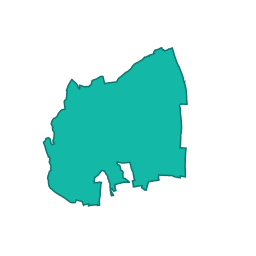 Tatarani, Vaslui, Romania (Mercator projection), rotated 204°
{"feature_id": "2599482B87780685319921", "entity_name": "Tatarani", "entity_type": "district", "adm_level": 2, "iso_a3": "ROU", "parent_name": "Romania", "parent_adm1": "Vaslui", "projection": "mercator", "projection_center": [27.934, 46.697], "detail": "fine", "context": "isolated", "style": "filled", "palette": "teal", "viewbox_px": 256, "rotation_deg": 204, "n_neighbors": 0, "source": "geoboundaries", "source_scale": "gbopen_adm2", "svg_char_len": 5717}
<svg xmlns="http://www.w3.org/2000/svg" viewBox="0 0 256 256"><g transform="rotate(204 128 128)"><path d="M120.1,219.1L120.6,218.7L122.2,216.9L122.6,216.8L122.9,216.8L124.0,215.0L125.3,213.8L125.8,213.5L126.2,213.4L126.7,213.6L127.3,214.0L128.0,213.6L128.3,213.5L129.0,214.1L129.4,214.6L129.4,214.8L129.5,214.8L130.3,214.8L131.2,213.6L131.9,212.8L132.1,212.4L132.5,212.0L133.0,211.6L134.2,210.7L134.9,210.1L135.0,209.9L135.0,209.5L135.3,208.5L135.4,207.6L135.3,207.4L135.1,207.1L134.3,206.7L135.2,205.6L137.7,203.6L137.8,203.2L137.5,202.6L137.6,202.4L138.4,202.3L138.7,202.2L139.7,201.1L141.0,199.4L141.6,199.5L141.7,199.2L142.7,196.2L143.2,195.5L145.7,192.0L147.3,190.1L148.1,188.9L148.5,187.7L148.9,186.8L149.1,186.1L149.2,184.1L149.7,182.8L150.9,180.1L151.4,179.3L152.7,177.9L153.5,175.9L154.2,174.5L155.2,172.4L156.1,170.9L156.6,169.9L156.9,168.8L157.1,167.3L156.9,165.6L159.9,163.9L167.5,159.1L171.8,164.8L172.6,164.6L174.0,163.9L174.6,163.1L175.5,161.6L176.4,160.4L177.3,159.4L179.9,157.0L180.0,156.7L179.2,152.3L179.8,151.8L180.3,151.2L180.4,150.6L180.6,150.3L180.7,149.8L180.7,149.6L180.9,149.6L181.7,149.4L183.4,148.7L184.1,148.0L189.4,147.4L188.2,144.3L188.3,143.9L189.1,144.2L190.3,145.1L190.9,145.9L191.3,146.4L192.9,147.2L194.6,148.1L196.9,148.6L197.1,148.8L197.9,149.1L199.0,149.5L199.2,149.1L199.5,146.3L199.8,142.8L199.8,141.3L199.6,139.8L199.5,137.3L199.4,137.3L199.0,137.3L198.9,137.1L198.2,135.6L197.5,133.4L196.8,131.6L196.1,128.7L197.0,127.5L197.1,127.4L197.0,127.2L197.1,126.6L196.9,125.8L196.0,124.4L194.2,121.3L193.4,120.2L193.2,119.8L193.4,119.4L195.0,118.3L196.0,117.5L196.5,116.5L196.8,115.7L197.2,114.0L197.5,112.2L197.5,109.8L197.9,108.8L198.8,107.4L199.7,106.5L199.9,105.8L200.3,103.7L199.8,100.5L197.4,98.5L196.8,97.9L197.1,97.6L197.0,97.2L196.2,95.9L195.8,95.3L195.3,95.0L194.4,94.6L193.9,94.1L193.5,93.5L192.7,91.8L192.2,90.5L191.5,87.9L191.5,86.8L191.5,86.2L191.1,85.2L190.7,84.7L190.5,85.0L190.1,84.7L189.9,84.8L188.8,83.7L190.9,81.9L191.9,82.7L192.7,83.5L193.4,84.4L194.4,86.0L195.5,86.6L196.7,86.8L198.5,85.3L198.6,85.1L198.6,84.6L198.5,83.0L198.6,81.9L198.7,81.3L198.9,81.0L199.4,80.8L198.6,79.6L197.6,78.8L195.8,76.8L192.4,72.7L189.8,70.3L188.9,69.1L188.5,69.5L188.3,69.7L188.0,69.7L187.7,69.2L187.3,68.8L187.1,68.3L187.0,68.1L186.7,67.9L186.7,67.0L186.3,66.7L186.2,66.5L186.2,65.2L185.9,64.6L185.1,63.9L183.6,62.8L182.4,61.1L182.4,60.5L182.2,59.8L181.5,58.4L181.3,58.2L181.1,57.8L181.7,57.0L182.1,56.7L181.5,52.1L181.6,51.6L181.3,50.6L180.8,49.3L180.4,48.6L179.8,48.3L179.4,47.7L178.2,45.3L177.3,44.1L176.8,43.3L176.4,42.7L176.0,42.5L175.5,42.3L175.0,42.0L174.7,41.7L174.3,41.3L173.7,41.3L173.2,41.4L171.4,40.6L169.8,40.1L167.8,39.6L163.3,38.9L163.2,39.2L159.1,38.4L157.8,38.4L152.8,37.2L151.3,36.9L149.0,36.9L148.0,37.3L147.7,37.7L146.0,38.3L145.9,39.9L146.4,41.1L140.2,42.2L139.5,41.6L138.9,41.2L137.9,39.9L137.4,39.5L137.2,39.4L137.2,39.7L137.0,39.9L133.8,42.2L133.1,42.9L132.4,40.8L129.7,42.8L128.4,43.5L127.3,44.0L124.9,45.6L124.5,44.8L123.3,45.5L122.6,46.0L124.2,48.8L124.7,50.0L126.2,55.6L126.7,56.6L127.0,57.4L127.4,58.7L128.0,60.0L128.3,61.2L129.5,64.4L129.8,65.2L130.0,66.5L130.1,67.4L131.1,67.1L131.8,67.1L132.2,66.9L132.5,66.7L133.0,66.0L134.3,65.4L135.7,64.8L136.7,64.2L137.3,65.9L137.7,67.2L138.0,68.4L138.2,69.6L137.8,69.8L136.1,73.0L136.0,73.6L135.5,75.3L134.7,78.5L134.3,78.7L132.2,79.1L132.0,78.7L131.4,78.9L130.7,78.1L129.7,77.2L128.9,76.7L127.9,76.4L127.0,75.7L126.2,74.4L125.9,73.9L124.8,72.9L123.9,72.1L123.5,71.5L123.3,71.0L123.1,70.7L122.3,70.4L121.1,68.4L120.4,66.5L119.5,65.6L119.2,64.9L119.2,64.5L116.1,59.9L115.6,59.4L113.9,60.5L114.4,61.1L117.2,62.9L117.7,63.4L118.5,64.3L119.0,64.6L119.0,64.9L118.0,66.1L117.3,65.7L116.6,65.1L115.4,64.4L113.6,65.9L116.0,68.8L115.9,69.1L117.0,71.1L116.3,71.5L113.1,74.2L112.4,74.6L112.0,75.0L110.2,76.4L106.1,78.4L104.9,78.9L105.4,79.6L106.2,79.5L107.1,79.8L108.7,80.3L110.2,80.7L111.0,80.4L111.6,80.4L112.2,80.6L113.1,81.8L114.3,85.2L115.2,86.2L115.8,86.5L117.2,86.7L117.7,86.8L118.0,87.3L118.4,88.1L119.2,89.2L120.5,90.5L121.3,90.5L122.1,90.3L122.5,90.0L123.7,91.4L124.1,92.0L124.2,92.3L118.8,93.8L118.4,94.1L117.6,94.4L116.1,95.2L112.4,97.4L110.6,95.3L108.9,92.9L106.8,90.8L105.6,89.8L104.9,89.0L104.6,88.3L103.7,87.0L101.7,84.0L100.8,83.3L100.5,83.0L102.4,81.6L100.9,79.4L100.5,78.6L99.8,77.8L99.2,76.4L98.4,76.7L97.8,77.3L97.0,77.7L94.1,79.8L91.7,81.0L91.2,79.0L90.7,79.2L90.2,78.9L89.4,78.6L88.4,78.6L88.4,78.4L88.0,78.2L87.7,78.2L87.0,78.2L86.9,78.3L86.1,78.7L86.4,80.3L86.6,81.6L86.8,82.9L86.9,83.6L87.3,86.4L87.3,87.1L86.5,87.8L83.4,89.9L82.5,90.6L81.6,91.0L80.4,91.8L79.7,92.1L78.5,93.2L78.9,93.8L79.5,94.1L79.7,94.4L80.8,97.6L78.0,98.5L75.1,99.7L72.7,100.8L72.3,101.0L72.1,100.9L71.8,100.9L68.8,102.4L65.3,102.5L63.6,102.9L62.8,102.9L61.6,103.3L60.1,103.8L60.6,104.7L60.9,105.2L59.2,105.8L55.7,106.7L57.1,109.9L58.1,111.8L58.8,113.5L60.1,115.9L60.4,116.3L61.7,119.8L63.7,124.3L64.6,127.0L65.4,128.9L65.9,130.7L66.8,133.2L70.6,131.8L72.2,131.0L73.3,134.1L75.2,138.8L75.9,140.7L76.7,142.2L77.2,142.9L77.2,143.0L77.1,143.5L77.1,144.0L78.1,147.1L79.6,151.0L80.7,153.1L81.3,154.4L83.0,157.4L84.0,159.2L84.7,160.4L85.8,162.2L86.9,164.4L87.4,165.6L88.3,167.5L89.5,168.5L89.8,168.9L90.0,169.4L90.1,170.0L90.0,170.4L89.8,171.2L86.7,172.5L85.6,172.9L83.7,173.6L84.0,174.4L84.3,174.8L84.6,175.5L86.5,178.8L86.8,179.6L87.4,180.8L88.3,182.6L89.0,183.8L90.9,187.3L94.2,191.5L94.6,192.2L95.0,193.1L95.1,192.8L95.1,192.6L95.5,192.6L95.9,193.0L96.5,193.9L97.0,194.8L98.4,196.7L99.3,197.8L100.9,199.4L106.3,204.7L106.5,204.9L106.8,204.8L106.9,204.7L107.0,204.7L107.0,204.9L111.1,208.9L111.6,209.4L112.1,209.6L112.1,209.9L112.1,210.0L114.6,212.6L120.1,219.1Z" fill="#14b8a6" stroke="#0f766e" stroke-width="1.5"/></g></svg>